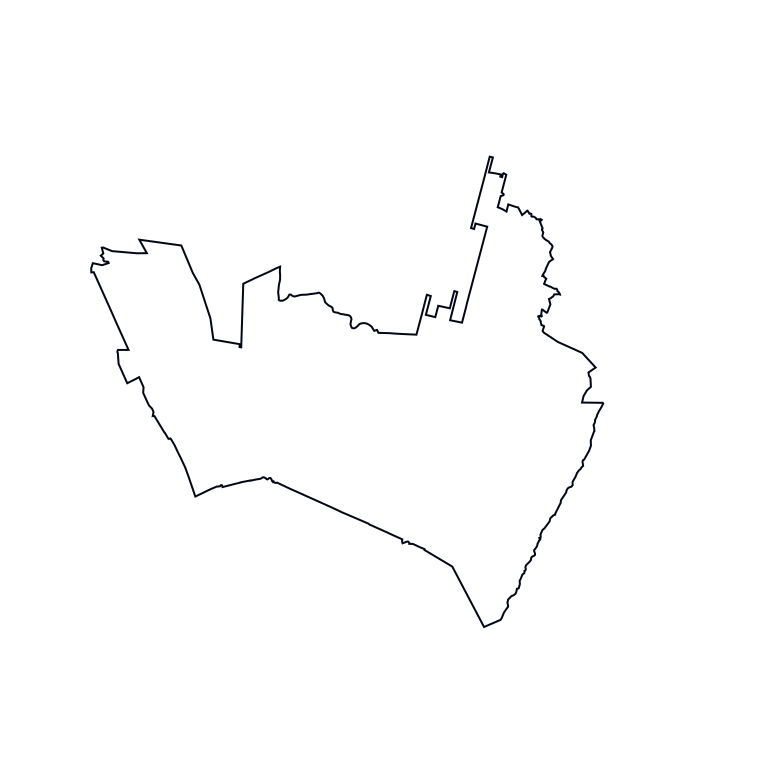 the district of Juárez, Nuevo León, Mexico, rotated 239°
{"feature_id": "50627088B92214080906145", "entity_name": "Juárez", "entity_type": "district", "adm_level": 2, "iso_a3": "MEX", "parent_name": "Mexico", "parent_adm1": "Nuevo León", "projection": "albers", "projection_center": [-100.116, 25.608], "detail": "fine", "context": "isolated", "style": "outline", "palette": "ink", "viewbox_px": 768, "rotation_deg": 239, "n_neighbors": 0, "source": "geoboundaries", "source_scale": "gbopen_adm2", "svg_char_len": 6130}
<svg xmlns="http://www.w3.org/2000/svg" viewBox="0 0 768 768"><g transform="rotate(239 384 384)"><path d="M404.5,168.6L384.7,164.3L383.1,181.8L382.8,183.7L382.2,188.0L381.7,188.7L380.8,190.7L381.3,192.0L381.0,192.6L380.8,192.8L380.5,193.0L378.8,192.5L374.8,205.9L373.4,210.2L373.6,210.3L370.1,219.9L369.9,219.8L368.2,224.7L368.0,225.3L366.5,228.9L366.3,230.6L366.4,232.3L365.6,233.2L364.4,233.8L364.1,234.2L363.0,234.3L362.3,234.9L362.2,235.5L362.5,236.8L362.1,237.9L361.8,238.3L360.0,238.4L359.2,238.3L358.8,238.1L357.2,238.3L357.4,239.2L355.9,239.3L354.7,240.6L354.6,241.5L342.9,249.3L321.8,264.0L317.2,267.2L304.5,276.0L298.7,279.9L295.9,281.7L291.8,284.7L272.1,298.9L271.2,299.0L265.7,302.9L263.0,304.7L262.9,304.9L262.3,305.3L250.0,313.7L241.4,319.7L240.5,318.9L239.6,318.3L237.9,317.9L237.0,322.7L236.6,323.5L234.9,323.9L234.0,323.3L232.0,326.4L225.2,331.0L221.6,333.7L220.9,333.2L192.3,348.5L124.2,344.6L121.8,362.5L122.9,364.6L126.1,368.8L127.6,371.8L129.1,375.5L130.1,376.2L133.0,377.2L135.3,379.4L136.5,383.8L136.2,386.4L136.6,389.0L138.6,391.3L140.0,392.4L140.0,392.8L139.5,393.8L139.6,394.4L142.6,397.5L145.3,398.8L146.7,401.0L149.4,404.5L149.6,406.7L150.8,407.9L151.4,408.1L151.3,408.6L151.9,409.9L152.4,410.3L154.1,410.8L155.5,412.5L156.8,417.7L157.4,419.2L158.9,420.5L159.5,421.1L159.7,421.8L159.5,424.9L159.8,425.4L160.8,426.1L163.6,426.7L164.4,427.4L164.9,428.9L165.5,430.3L166.1,431.4L167.2,432.7L168.1,433.4L168.9,434.9L169.9,436.2L170.1,436.7L170.1,437.7L170.6,438.1L171.3,438.0L171.7,437.8L172.0,437.8L171.8,439.2L172.4,439.7L174.4,440.6L177.3,444.8L177.7,447.4L180.9,455.1L183.0,457.2L183.4,457.8L183.9,460.5L184.2,461.6L183.8,463.4L184.7,464.0L191.1,474.2L193.2,475.8L197.3,484.4L198.7,485.6L199.7,487.4L199.9,488.0L200.0,489.7L199.6,491.0L199.5,491.8L200.2,493.7L201.6,494.4L202.5,495.0L203.2,495.6L205.9,500.5L206.9,501.8L208.3,503.6L209.6,506.8L209.9,508.9L210.5,509.6L210.9,510.8L211.2,512.5L214.8,514.0L215.4,514.3L215.9,514.9L216.2,515.6L216.1,516.6L221.0,525.2L224.5,529.6L226.0,530.4L229.3,532.3L234.9,539.3L235.3,540.2L236.0,540.4L237.8,541.4L240.9,542.5L242.4,544.9L243.5,545.9L244.1,546.1L245.0,547.1L245.5,548.2L246.9,550.0L247.6,550.6L249.9,554.1L252.1,558.3L254.3,561.8L255.2,561.8L266.1,544.2L270.9,548.9L274.0,554.6L275.0,559.9L282.3,563.8L283.5,564.1L284.4,564.1L285.3,563.9L288.6,565.2L289.1,573.9L308.6,569.9L330.5,554.7L345.6,547.5L346.8,547.3L347.8,547.3L351.0,550.9L351.6,550.9L352.9,549.8L353.3,549.3L356.4,550.2L357.1,550.7L357.7,550.6L358.5,550.7L359.4,550.5L360.7,551.0L362.4,550.9L362.6,551.0L362.6,551.3L362.1,552.8L361.3,553.1L361.1,553.3L360.8,553.8L360.9,554.2L361.5,554.4L362.8,554.7L366.5,557.7L366.4,557.9L366.2,558.1L361.5,560.0L361.2,560.3L361.2,560.8L366.5,567.6L371.9,569.2L371.8,570.4L371.6,570.9L371.9,572.2L371.9,573.8L372.0,574.1L373.1,576.2L371.6,578.8L371.1,579.9L370.1,580.9L370.8,581.1L372.3,581.1L373.6,580.8L374.2,580.5L375.9,581.1L376.9,580.9L377.8,579.1L381.7,576.8L382.2,576.2L387.2,572.8L387.4,572.8L388.5,574.3L389.5,575.4L390.6,577.3L393.6,576.3L394.6,576.5L395.1,575.5L396.0,576.8L397.9,580.5L398.3,581.0L399.4,582.0L403.4,588.0L403.6,588.5L403.9,590.8L403.9,592.8L404.0,593.3L407.4,593.0L408.3,593.1L409.7,593.7L411.4,594.1L413.0,596.5L413.2,597.0L413.4,597.3L413.6,597.3L413.8,597.5L414.0,598.1L414.7,599.0L415.3,599.4L417.3,599.4L418.6,599.0L419.5,598.6L421.1,598.6L424.1,597.0L425.5,596.4L428.5,595.8L428.8,595.9L429.2,596.0L429.8,596.4L431.9,598.6L434.7,598.8L435.3,599.1L435.5,599.8L435.7,600.1L443.7,601.4L443.2,602.2L443.5,603.7L444.9,603.0L444.7,602.2L445.1,601.7L445.6,601.5L446.6,599.6L448.3,599.6L450.3,598.6L451.3,596.9L451.7,596.7L452.1,596.8L453.1,597.5L453.9,597.9L454.5,597.6L454.9,597.0L455.0,596.4L458.7,596.3L458.8,596.2L458.2,592.9L457.7,589.4L465.0,589.9L466.5,589.8L467.3,588.7L473.9,583.0L468.7,577.8L472.3,575.9L475.6,573.6L476.9,572.5L485.0,580.8L484.3,583.5L484.4,583.9L484.7,584.2L485.2,584.3L485.6,584.2L487.6,583.5L500.4,596.6L503.0,595.2L502.9,594.2L500.4,591.8L501.9,590.5L503.4,592.1L507.5,587.6L511.3,582.9L522.1,594.0L524.4,591.7L510.5,577.6L472.8,538.9L470.5,541.1L474.4,545.1L465.7,553.5L409.8,496.0L406.8,493.1L396.4,482.5L404.6,473.5L425.1,494.2L427.4,492.1L415.0,479.4L423.1,470.8L414.9,462.4L421.7,455.5L435.3,469.4L438.4,466.7L424.6,452.7L409.6,437.2L420.4,421.0L424.8,414.8L430.7,405.6L434.0,405.8L434.6,403.0L439.5,402.9L440.9,402.4L442.1,401.9L444.1,400.8L445.6,399.4L446.4,398.4L447.0,397.3L448.0,394.6L447.9,393.6L447.2,390.9L447.0,389.5L446.9,388.3L447.1,387.2L447.4,386.6L448.1,385.8L448.5,385.5L449.5,385.4L451.3,385.7L452.4,386.0L454.6,387.8L456.3,389.5L457.3,389.8L458.7,390.0L459.3,390.0L460.0,389.7L461.0,389.2L465.3,384.3L466.0,383.3L467.1,382.3L468.8,381.2L469.9,379.8L471.2,378.4L471.5,378.2L471.9,378.0L473.0,378.0L474.1,378.3L475.3,378.9L475.7,379.0L476.2,379.0L476.8,378.9L477.8,378.3L479.0,377.5L480.1,376.9L483.4,375.9L484.6,375.7L485.3,375.9L488.3,376.7L491.0,376.9L494.0,376.2L495.7,375.4L496.0,374.9L496.2,373.7L500.6,363.4L502.9,359.3L503.5,357.7L504.7,353.6L505.1,352.3L505.9,351.5L506.8,350.8L508.1,350.4L508.7,350.1L509.1,349.6L509.3,348.7L508.3,347.1L507.6,345.6L507.4,344.4L507.4,341.7L507.7,339.8L508.0,339.3L508.9,337.9L509.7,337.3L510.3,337.1L512.0,338.2L517.1,340.5L523.1,345.0L526.9,348.6L530.9,351.1L532.8,352.0L535.1,353.3L538.1,355.4L538.7,351.0L539.4,342.9L541.1,328.9L542.4,315.0L489.0,280.5L490.0,279.2L492.5,280.8L509.9,260.6L529.6,269.0L564.2,276.9L577.5,277.3L607.1,281.6L633.7,248.6L618.3,248.1L623.2,239.7L637.9,219.4L645.7,213.5L646.2,212.3L640.4,210.6L639.9,207.4L636.0,208.3L634.9,207.3L633.3,207.3L630.8,210.5L629.5,210.3L631.0,203.6L637.5,196.7L634.1,192.7L630.4,190.6L629.3,192.8L586.1,187.6L573.6,186.0L544.8,182.6L550.2,173.5L549.8,172.8L548.7,171.9L547.4,171.7L538.0,166.9L516.9,164.3L516.2,173.0L516.0,177.6L505.6,176.3L505.0,176.2L500.6,173.1L500.3,173.0L491.9,172.0L486.6,171.5L482.3,172.5L478.7,172.0L475.8,169.4L475.7,169.9L475.1,170.0L474.8,170.2L474.7,170.7L455.5,170.8L455.4,171.0L448.0,171.0L447.7,171.3L447.4,172.8L447.0,173.0L439.5,173.0L431.0,172.1L425.5,171.7L414.8,170.6L404.5,168.6Z" fill="none" stroke="#020617" stroke-width="2"/></g></svg>